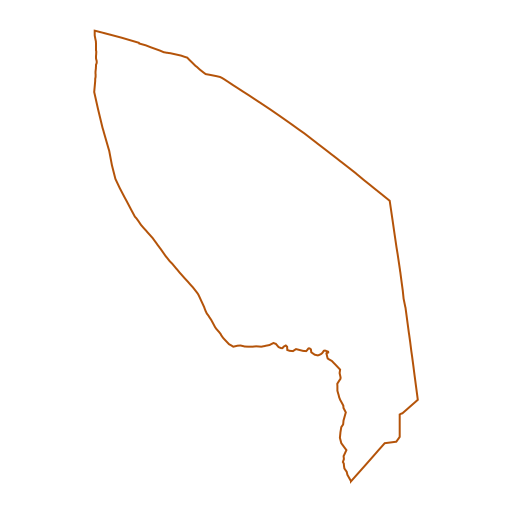 outline of Rombo, Kilimanjaro, United Republic of Tanzania
{"feature_id": "72390352B49231532539034", "entity_name": "Rombo", "entity_type": "district", "adm_level": 2, "iso_a3": "TZA", "parent_name": "United Republic of Tanzania", "parent_adm1": "Kilimanjaro", "projection": "natural_earth1", "projection_center": [37.461, -3.126], "detail": "fine", "context": "isolated", "style": "outline", "palette": "amber", "viewbox_px": 512, "rotation_deg": 0, "n_neighbors": 0, "source": "geoboundaries", "source_scale": "gbopen_adm2", "svg_char_len": 4743}
<svg xmlns="http://www.w3.org/2000/svg" viewBox="0 0 512 512"><path d="M94.7,30.7L94.7,31.4L94.7,32.9L94.7,34.0L94.7,35.1L94.8,36.0L94.9,36.5L95.0,37.1L95.1,37.5L95.2,38.0L95.3,38.8L95.5,39.5L95.6,40.1L95.8,40.9L95.9,41.5L95.9,42.2L96.0,43.1L96.0,43.5L96.0,44.1L96.0,44.9L96.0,45.8L96.0,46.6L96.0,47.5L96.0,48.4L96.0,49.4L96.0,50.4L96.2,51.0L96.3,52.1L96.2,52.9L96.2,54.0L96.1,54.9L96.0,56.1L96.0,57.4L96.0,58.3L96.2,59.3L96.4,60.0L96.6,60.7L96.7,61.3L96.7,62.0L96.7,62.9L96.1,64.6L96.0,64.8L96.0,65.7L96.0,66.6L95.9,67.3L95.9,68.2L95.8,69.1L95.7,69.8L95.6,70.9L95.5,71.7L95.5,72.8L95.5,73.6L95.6,74.4L95.6,75.5L95.6,76.6L95.5,77.2L95.5,77.4L95.5,77.6L95.4,77.8L95.4,78.1L95.3,78.4L95.2,78.7L95.2,79.2L95.2,81.0L94.2,92.0L98.0,109.0L102.5,127.7L103.5,131.0L103.8,132.2L108.5,148.5L109.2,150.8L111.9,165.1L115.4,178.9L119.7,188.0L124.5,197.2L126.7,201.2L131.2,209.8L134.9,216.7L136.4,218.3L138.5,221.2L140.9,224.8L143.3,227.6L145.3,229.8L145.7,230.2L146.4,231.0L147.3,232.1L148.1,233.0L150.0,235.1L150.4,235.5L150.7,235.9L151.8,237.1L152.5,237.9L152.7,238.1L153.9,239.8L155.6,242.1L156.7,243.6L157.5,244.8L159.2,247.0L159.5,247.5L160.6,248.9L162.7,251.9L165.9,256.5L166.0,256.5L169.8,261.3L172.3,263.8L176.6,269.0L176.8,269.1L179.7,272.7L180.9,274.0L181.8,275.0L184.7,278.3L187.2,281.0L187.7,281.5L188.9,282.9L190.2,284.4L191.3,285.6L192.3,286.7L192.7,287.1L194.9,289.9L196.0,291.3L197.0,292.6L197.8,293.7L198.4,294.7L199.5,297.0L201.5,301.4L201.9,302.2L204.2,307.2L204.7,308.7L205.5,310.7L205.5,310.8L206.2,312.2L206.5,312.9L206.8,313.5L207.4,314.3L208.1,315.2L208.3,315.5L208.6,315.9L209.3,317.1L210.0,318.1L210.6,319.0L211.2,319.9L214.0,325.1L215.0,327.0L216.3,328.9L216.6,329.2L216.7,329.3L218.6,331.5L219.0,331.9L220.7,334.1L221.2,335.2L222.8,337.5L223.2,338.0L224.1,339.0L225.9,340.9L227.8,342.9L229.0,344.2L230.5,345.0L231.2,345.4L233.3,346.7L237.6,345.7L240.5,345.5L240.9,345.6L243.5,346.2L244.6,346.5L246.7,346.6L248.8,346.7L249.1,346.7L252.6,346.7L254.0,346.5L255.6,346.4L256.0,346.3L258.8,346.5L261.3,346.7L261.5,346.7L263.2,346.3L264.5,346.1L266.0,345.7L267.7,345.4L269.6,345.0L270.5,344.5L272.9,343.3L273.5,343.0L275.3,343.7L275.8,343.8L278.6,347.1L281.0,348.1L281.3,348.1L282.5,348.1L283.6,346.7L284.7,346.1L285.8,345.5L287.1,346.7L287.3,350.0L289.6,350.8L290.7,350.9L293.0,351.1L294.0,350.4L296.0,349.1L298.1,349.6L298.4,349.7L303.1,350.9L306.2,351.1L306.4,350.9L307.1,350.2L307.9,349.1L308.5,348.4L308.9,348.4L309.2,348.4L309.6,348.4L310.9,349.4L311.3,352.3L313.7,354.0L314.7,354.7L316.5,355.1L317.8,355.4L318.5,355.2L319.5,354.8L319.9,354.6L321.1,354.0L322.2,353.1L322.8,352.3L323.4,351.4L323.8,350.8L324.4,350.6L325.4,350.7L325.6,350.7L326.6,351.2L327.4,351.4L328.1,351.7L328.1,351.9L328.2,352.5L327.7,352.8L327.2,352.8L326.6,353.0L326.4,353.7L326.8,354.8L327.0,355.8L327.1,356.4L327.3,357.1L327.7,358.5L329.4,359.6L330.0,359.9L331.9,361.0L333.7,362.9L335.1,364.3L338.9,368.3L340.1,369.6L339.6,373.1L339.9,374.4L339.9,374.5L340.4,376.6L340.5,377.2L340.6,377.7L340.5,378.1L340.5,378.6L340.2,379.3L339.5,380.2L337.3,383.7L337.3,384.4L337.4,386.0L337.4,386.8L337.4,390.7L338.1,393.3L338.6,394.9L339.2,397.4L339.7,398.6L340.1,399.7L342.3,403.7L343.3,405.6L343.5,408.0L344.3,409.5L345.6,412.0L345.8,412.4L343.5,420.6L343.3,422.9L343.1,424.5L341.3,427.1L340.4,432.5L340.4,432.8L339.9,437.8L341.3,443.2L344.6,447.7L346.4,450.1L344.2,454.9L343.7,455.9L343.6,456.1L343.9,459.1L342.9,462.0L343.8,463.6L344.0,466.0L344.4,468.5L346.7,471.8L347.4,474.8L351.0,481.2L351.0,481.3L362.3,468.6L364.1,466.6L367.7,462.5L370.7,459.1L371.5,458.2L378.4,450.3L382.4,445.8L384.7,443.2L391.8,442.3L396.3,441.7L399.7,436.9L399.7,414.5L401.5,413.5L402.3,413.4L417.8,399.8L414.2,372.6L413.5,367.0L412.1,356.5L411.3,351.0L410.2,342.2L409.2,335.0L408.8,332.4L405.5,307.7L405.3,307.0L403.6,298.7L402.8,291.0L402.8,290.9L401.7,282.8L400.3,272.2L400.1,271.1L399.9,269.4L397.6,254.0L396.5,247.3L394.4,233.0L392.5,219.8L392.3,218.5L389.7,200.8L380.8,193.6L375.9,189.7L366.6,182.2L364.3,180.4L356.6,174.0L356.1,173.5L341.5,162.1L340.8,161.6L340.5,161.4L336.9,158.5L330.6,153.7L330.0,153.2L325.1,149.4L323.4,148.1L320.4,145.8L317.5,143.6L316.4,142.7L312.1,139.4L305.8,134.5L304.1,133.2L303.5,132.8L298.5,129.3L293.8,125.9L287.6,121.5L286.6,120.8L283.2,118.4L274.7,112.5L270.2,109.4L253.7,98.5L252.8,97.9L248.9,95.3L242.9,91.5L235.2,86.5L233.3,85.3L224.4,79.4L222.1,78.0L220.1,77.0L216.7,76.2L209.7,74.8L205.7,74.1L205.4,73.9L203.5,72.5L203.0,72.1L199.7,69.5L196.9,66.9L195.5,65.9L192.0,62.4L189.2,59.7L187.2,57.6L186.8,57.5L184.5,56.8L181.1,55.6L170.3,53.2L168.4,53.0L167.7,52.8L167.0,52.8L164.9,52.4L163.7,52.2L160.0,50.6L150.8,47.3L145.7,45.3L139.2,43.5L138.9,42.8L121.6,37.7L111.8,35.1L95.6,30.9L94.7,30.7Z" fill="none" stroke="#b45309" stroke-width="2"/></svg>